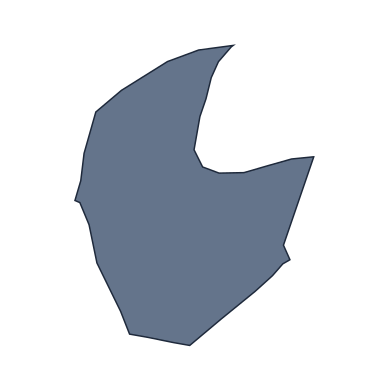 the Unitary District of Renfrewshire, rotated 100°
{"feature_id": "GBR-2008", "entity_name": "Renfrewshire", "entity_type": "Unitary District", "adm_level": 1, "iso_a3": "GBR", "parent_name": "United Kingdom", "parent_adm1": "", "projection": "albers", "projection_center": [-4.557, 55.846], "detail": "fine", "context": "isolated", "style": "filled", "palette": "slate", "viewbox_px": 384, "rotation_deg": 100, "n_neighbors": 0, "source": "natural_earth", "source_scale": "10m", "svg_char_len": 612}
<svg xmlns="http://www.w3.org/2000/svg" viewBox="0 0 384 384"><g transform="rotate(100 192 192)"><path d="M136.2,78.2L228.5,92.7L241.7,83.8L247.0,90.1L260.4,98.2L278.9,112.6L312.0,141.2L343.5,167.6L343.5,184.2L342.8,211.5L342.8,227.2L342.8,228.8L321.9,241.6L278.4,273.3L242.1,287.7L221.9,300.6L220.7,305.8L200.2,303.5L172.7,305.0L129.9,300.6L104.1,279.1L67.8,238.8L51.0,210.1L40.5,176.9L42.2,178.5L59.1,188.6L76.0,192.9L97.8,194.4L116.3,197.3L134.8,197.3L150.1,197.3L165.5,185.9L168.7,168.6L163.9,144.2L152.6,121.2L142.2,99.7L136.2,78.3L136.2,78.2Z" fill="#64748b" stroke="#1e293b" stroke-width="1.5"/></g></svg>